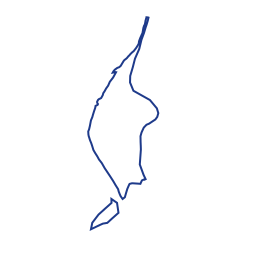 Al Waqf, Qina, Egypt, rotated 299°
{"feature_id": "37247803B80470796626605", "entity_name": "Al Waqf", "entity_type": "district", "adm_level": 2, "iso_a3": "EGY", "parent_name": "Egypt", "parent_adm1": "Qina", "projection": "equal_earth", "projection_center": [32.474, 26.086], "detail": "fine", "context": "isolated", "style": "outline", "palette": "blue", "viewbox_px": 256, "rotation_deg": 299, "n_neighbors": 0, "source": "geoboundaries", "source_scale": "gbopen_adm2", "svg_char_len": 2103}
<svg xmlns="http://www.w3.org/2000/svg" viewBox="0 0 256 256"><g transform="rotate(299 128 128)"><path d="M233.8,90.5L233.6,90.6L233.4,90.6L232.4,90.8L231.7,91.0L230.3,91.3L228.7,91.9L227.4,92.3L226.7,92.5L226.2,92.5L225.8,92.5L225.0,92.5L224.2,92.7L223.5,92.8L222.8,93.0L221.6,93.4L220.5,93.8L220.3,93.9L219.6,94.1L218.5,94.5L217.7,94.7L217.3,94.7L216.9,94.7L215.8,94.8L214.8,94.9L213.7,95.0L213.4,95.0L212.5,95.1L211.2,95.3L210.5,95.4L209.8,95.5L208.9,95.7L208.5,95.9L207.7,96.2L207.1,96.4L206.5,96.5L206.2,96.5L205.0,96.5L204.9,96.5L201.8,96.3L198.0,95.7L196.0,94.9L193.6,94.2L191.9,93.9L191.2,93.6L188.5,93.1L186.7,92.4L186.0,92.0L184.6,91.7L181.8,91.6L178.8,91.5L176.9,90.8L175.4,89.5L172.6,88.2L170.7,87.8L169.0,87.8L169.7,88.7L170.7,89.6L171.0,90.5L169.3,90.5L169.2,90.5L164.9,90.5L159.6,89.7L155.4,90.1L152.0,89.7L148.7,89.7L146.5,89.5L146.4,89.5L144.5,90.0L143.0,90.0L142.9,90.0L141.2,90.0L140.4,89.5L139.2,88.6L138.2,88.2L136.9,88.2L135.8,88.3L134.9,89.1L134.4,90.1L133.5,90.2L131.6,88.9L131.1,89.1L129.6,89.6L126.1,90.2L122.3,91.0L120.3,91.5L116.7,91.9L111.2,93.7L108.0,94.6L105.7,94.9L103.0,96.6L101.5,97.9L101.3,98.2L98.9,100.7L97.0,103.1L94.9,105.4L92.0,108.4L90.2,111.4L88.3,114.9L86.4,117.9L84.6,122.1L81.5,127.2L77.4,135.2L74.4,140.8L71.9,145.0L69.7,149.0L67.9,150.7L66.0,153.0L64.8,154.6L63.3,157.7L65.9,158.8L66.0,158.8L70.3,157.8L74.5,156.9L78.8,156.5L79.9,156.5L81.6,158.3L82.2,159.5L84.0,163.3L85.2,165.9L87.3,165.7L88.9,165.6L90.6,166.8L90.7,167.4L91.8,168.2L94.6,164.3L101.8,156.0L107.0,153.6L115.4,149.7L118.6,147.8L121.7,145.9L126.9,142.9L130.7,142.0L136.0,141.6L139.8,142.6L142.1,144.4L143.3,145.0L144.3,145.5L148.7,147.8L151.9,148.2L155.7,147.3L159.2,143.7L163.1,133.6L163.2,114.7L168.8,107.7L174.6,104.7L183.6,102.7L192.0,100.5L202.6,99.5L211.7,97.0L218.9,95.9L222.5,95.1L224.8,94.6L227.1,94.2L228.1,94.0L231.3,93.3L234.5,92.4L234.4,91.8L234.1,91.2L233.8,90.5ZM41.3,158.0L49.2,160.8L57.2,154.7L57.9,147.9L54.5,149.9L50.5,148.5L46.5,147.1L38.0,144.2L27.8,142.7L21.5,144.7L29.4,150.3L32.2,152.4L35.0,155.9L41.3,158.0Z" fill="none" stroke="#1e3a8a" stroke-width="2"/></g></svg>